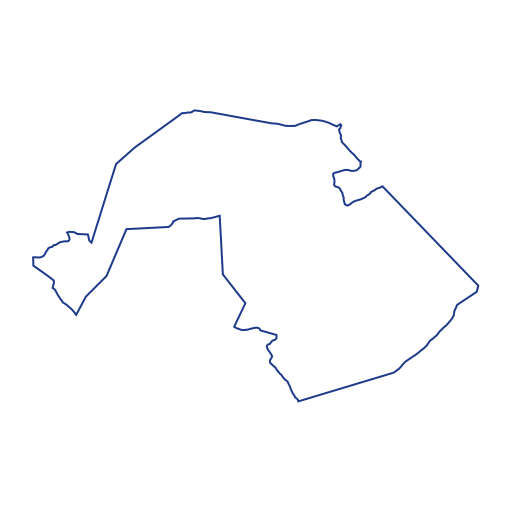 Santa María Sola, Oaxaca, Mexico, rotated 271°
{"feature_id": "50627088B10783162199748", "entity_name": "Santa María Sola", "entity_type": "district", "adm_level": 2, "iso_a3": "MEX", "parent_name": "Mexico", "parent_adm1": "Oaxaca", "projection": "equal_earth", "projection_center": [-97.028, 16.567], "detail": "fine", "context": "isolated", "style": "outline", "palette": "blue", "viewbox_px": 512, "rotation_deg": 271, "n_neighbors": 0, "source": "geoboundaries", "source_scale": "gbopen_adm2", "svg_char_len": 3558}
<svg xmlns="http://www.w3.org/2000/svg" viewBox="0 0 512 512"><g transform="rotate(271 256 256)"><path d="M373.4,147.6L362.4,132.9L345.5,114.5L322.2,107.6L266.5,91.3L267.6,89.9L268.9,88.9L274.6,87.6L274.8,80.1L274.9,77.1L276.7,73.6L276.8,71.0L276.9,68.8L276.2,66.7L273.6,68.1L271.8,68.8L270.5,69.2L269.2,69.3L268.1,68.7L267.4,67.5L267.4,66.1L267.3,64.8L267.1,63.2L266.8,61.5L266.4,59.9L264.8,57.4L263.6,55.5L263.3,53.6L261.5,51.9L261.2,50.2L260.6,49.1L259.9,48.0L258.3,47.4L257.2,46.3L255.2,45.4L254.3,44.9L252.7,43.9L252.3,43.3L251.2,41.5L250.8,40.0L250.7,38.0L250.9,35.6L250.7,33.4L250.7,33.2L242.4,33.6L235.1,44.4L232.7,47.9L228.0,54.2L225.4,54.4L220.6,53.2L219.3,55.1L218.1,56.0L216.9,56.7L215.1,57.7L213.3,58.7L211.1,60.3L209.5,61.2L207.8,62.8L206.9,63.1L205.8,64.3L204.4,66.8L203.5,67.9L201.3,70.5L199.4,72.8L197.9,74.1L196.1,75.7L194.0,77.2L212.5,86.7L233.4,106.9L280.6,126.0L283.5,168.1L284.9,170.1L287.9,172.4L289.1,172.6L292.0,178.3L292.3,187.1L292.6,194.2L293.0,197.2L292.7,199.4L292.1,202.3L292.1,204.8L292.8,207.2L293.0,210.0L295.6,219.0L237.0,223.2L208.6,246.2L184.9,235.4L183.9,237.0L183.0,239.3L181.9,242.5L181.7,244.6L182.2,248.8L183.1,251.8L184.1,255.7L184.4,257.5L184.0,259.7L183.4,260.7L181.7,261.7L177.4,277.8L175.7,278.0L173.8,277.7L172.9,276.8L172.2,275.8L171.9,274.2L170.2,272.6L168.5,271.6L167.6,269.3L166.0,268.3L163.5,269.1L161.5,270.3L160.0,271.5L157.2,273.3L155.9,273.9L155.0,273.5L154.0,273.1L152.7,272.1L151.1,271.7L149.3,272.1L148.0,273.6L146.5,275.2L145.0,277.2L142.9,278.5L141.1,280.0L138.7,282.0L137.9,283.1L133.8,286.3L132.4,287.9L131.1,289.7L128.9,290.7L125.9,292.3L123.3,293.2L121.7,294.0L119.1,295.3L117.2,296.8L115.3,297.6L114.6,298.8L113.6,299.8L112.7,300.5L111.8,300.8L111.4,300.9L141.8,395.8L145.8,401.0L147.4,402.5L149.5,404.1L152.8,407.0L155.9,411.4L158.5,415.0L159.8,417.1L162.0,419.9L163.8,421.9L164.8,423.1L166.5,425.3L169.7,428.4L172.3,430.1L174.3,431.4L176.9,434.9L178.3,436.1L179.6,438.0L183.4,440.6L185.5,442.7L188.0,445.1L189.9,447.4L192.7,449.8L196.4,452.8L199.9,454.7L204.2,455.3L210.7,458.0L224.0,477.3L230.2,478.8L327.9,381.2L326.7,379.2L325.5,375.6L323.4,372.7L322.2,370.2L320.0,368.4L318.4,365.9L316.6,364.2L314.5,359.8L313.0,354.8L311.8,352.1L310.5,350.5L308.8,348.2L308.3,347.2L308.0,346.5L309.2,344.1L310.2,343.6L311.4,343.4L313.6,342.6L315.8,342.7L318.3,341.7L320.8,341.2L322.5,339.8L325.0,338.6L326.4,336.5L327.0,333.9L328.7,332.8L331.7,333.2L335.1,332.8L335.7,332.4L337.1,331.8L339.4,331.7L340.4,332.8L340.7,333.7L341.2,335.8L342.1,338.6L343.0,341.4L343.7,343.8L343.6,346.8L342.8,349.5L342.8,352.3L343.5,355.2L345.2,357.0L346.9,358.8L348.9,359.0L350.5,358.8L352.2,359.3L352.7,357.9L353.7,357.1L354.9,355.8L356.9,354.1L358.9,352.4L359.9,351.1L360.9,350.0L362.4,348.4L363.4,347.5L367.7,343.7L370.7,340.6L371.7,339.7L373.0,339.6L374.5,339.0L375.9,338.6L377.6,338.9L379.0,338.6L380.3,337.8L381.8,337.3L382.9,336.9L383.5,336.9L383.8,336.9L385.4,338.1L386.5,338.3L387.9,339.0L389.2,338.0L388.7,337.5L387.9,335.8L387.0,334.5L387.2,334.0L388.3,331.4L388.7,330.3L389.0,329.5L390.2,327.2L390.6,325.9L391.4,323.6L391.7,322.4L391.9,321.4L392.4,319.6L393.1,312.8L392.9,310.3L392.9,309.0L391.8,306.5L391.4,305.2L388.7,297.3L386.7,292.5L386.6,284.8L386.8,282.6L388.5,275.8L388.7,273.9L388.9,269.5L392.7,246.0L399.0,207.7L398.9,205.2L399.1,203.4L399.0,202.1L399.4,200.4L399.7,198.9L400.0,197.5L400.2,195.2L400.3,193.9L400.6,192.4L399.8,190.6L399.0,189.7L398.4,188.1L398.2,186.5L398.4,185.7L397.9,183.6L397.6,182.2L397.6,179.7L393.0,173.7L373.4,147.6Z" fill="none" stroke="#1e3a8a" stroke-width="2"/></g></svg>